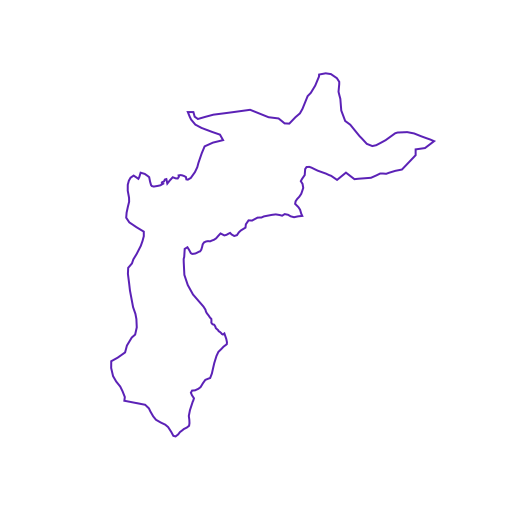 the district of Marudi, Sarawak, Malaysia, rotated 105°
{"feature_id": "92858781B4592285011837", "entity_name": "Marudi", "entity_type": "district", "adm_level": 2, "iso_a3": "MYS", "parent_name": "Malaysia", "parent_adm1": "Sarawak", "projection": "orthographic", "projection_center": [114.551, 4.191], "detail": "fine", "context": "isolated", "style": "outline", "palette": "violet", "viewbox_px": 512, "rotation_deg": 105, "n_neighbors": 0, "source": "geoboundaries", "source_scale": "gbopen_adm2", "svg_char_len": 3698}
<svg xmlns="http://www.w3.org/2000/svg" viewBox="0 0 512 512"><g transform="rotate(105 256 256)"><path d="M190.8,336.7L197.5,339.2L199.9,341.6L200.0,343.1L197.9,344.1L197.4,345.9L197.2,348.2L197.4,349.9L198.2,351.6L199.4,351.0L201.4,351.7L201.8,353.6L201.5,356.8L205.5,358.9L209.0,360.4L204.9,362.5L205.7,363.8L207.9,364.2L208.9,365.7L209.7,365.9L210.3,364.5L212.5,366.7L213.6,368.8L215.4,372.7L215.4,374.7L214.7,375.7L211.7,377.5L207.5,379.6L206.7,381.4L205.5,384.7L205.4,389.0L210.3,389.2L211.9,389.6L211.1,391.7L210.0,395.0L212.8,397.4L216.1,398.3L220.4,398.3L226.1,396.8L232.6,393.7L236.4,392.6L241.5,392.5L247.6,392.2L252.6,391.3L256.3,387.1L259.1,379.0L261.5,370.7L265.9,369.5L270.8,369.5L276.0,369.9L284.9,371.8L291.0,373.6L295.3,373.9L300.5,376.4L306.4,375.1L315.2,371.5L322.0,368.8L337.2,361.5L343.1,357.5L347.9,355.2L355.8,352.7L363.2,352.4L366.9,354.9L375.9,357.5L383.0,357.5L390.0,363.3L395.1,368.6L401.7,366.9L409.0,363.0L413.4,358.6L417.3,353.3L421.2,349.9L426.2,346.2L429.9,345.7L428.4,324.6L430.9,320.0L433.5,317.8L437.5,313.8L440.1,310.2L441.5,304.9L442.4,300.0L444.0,296.6L447.9,292.3L451.1,289.3L451.1,288.8L451.1,287.0L448.5,285.0L445.8,283.9L443.5,282.1L441.8,280.9L439.6,278.4L437.3,276.7L434.7,277.0L431.5,278.0L427.9,279.5L422.0,279.9L412.9,279.4L412.2,279.2L409.5,279.1L407.0,281.9L404.9,283.5L402.5,282.9L401.6,280.2L399.2,277.3L397.0,275.6L392.5,274.3L388.8,272.9L387.1,270.7L385.7,268.7L380.9,268.2L375.9,268.4L370.2,268.6L362.7,268.3L358.3,267.5L354.8,265.4L352.0,263.9L348.8,261.4L346.9,261.7L343.9,263.2L339.0,266.5L340.4,267.6L340.2,268.7L339.4,269.8L338.7,271.2L338.3,272.6L337.5,273.3L336.1,276.1L334.6,277.1L333.2,278.6L333.2,280.2L332.6,281.2L331.9,281.9L330.0,282.3L328.3,282.9L327.4,284.5L325.8,286.3L324.0,288.7L322.6,290.0L321.0,290.9L318.5,293.6L309.5,306.9L301.7,314.4L292.8,320.3L280.7,324.2L277.6,325.1L275.5,325.1L267.6,326.7L265.3,324.5L267.4,322.2L270.1,319.7L270.5,318.1L269.9,316.6L269.2,315.1L268.1,313.8L266.7,312.3L266.0,311.2L264.1,310.5L261.2,310.4L258.5,310.5L256.3,309.7L254.9,308.0L254.1,306.3L253.7,304.1L252.4,302.5L251.3,300.9L249.3,299.1L246.2,297.6L243.4,296.1L244.3,291.9L243.2,290.0L241.7,288.5L240.4,287.0L241.5,285.2L242.3,282.2L240.8,279.8L237.6,278.7L235.2,277.2L231.3,273.5L228.0,274.0L223.5,272.4L222.8,269.0L221.1,267.2L218.5,264.4L217.4,260.7L215.7,258.6L212.2,251.4L210.7,247.7L210.3,243.8L210.3,241.2L208.1,239.1L207.9,235.6L208.7,232.8L208.7,229.3L206.8,225.6L205.3,221.7L203.5,223.2L199.9,225.4L197.9,227.6L195.5,231.7L192.9,231.9L190.3,231.0L187.5,229.5L184.3,228.4L181.7,228.2L178.0,228.0L174.3,229.7L172.1,232.1L169.7,231.5L165.2,229.9L159.3,231.0L157.0,230.2L156.1,227.6L156.3,225.2L157.0,221.7L157.6,218.5L158.0,213.7L158.3,209.8L158.9,206.5L159.1,204.2L161.5,197.4L152.2,190.7L156.3,180.8L154.8,176.9L150.7,165.2L147.0,160.6L144.2,157.4L143.5,154.8L142.9,151.5L141.2,149.1L137.7,143.5L134.7,137.4L117.3,127.9L111.7,129.4L108.0,120.7L99.0,113.7L98.4,117.8L98.1,121.9L97.6,127.5L96.7,135.0L97.2,142.0L100.1,151.2L101.4,153.3L110.6,160.8L114.3,164.7L117.9,168.6L119.7,172.1L119.0,178.0L115.0,184.3L113.5,186.9L109.9,191.9L104.8,198.9L102.5,204.8L93.4,211.3L82.4,215.2L79.1,217.1L76.0,218.8L68.4,220.1L66.2,220.7L63.3,223.9L60.9,230.7L61.5,236.0L64.4,242.0L66.4,241.6L76.1,242.9L84.3,245.3L88.2,247.5L101.9,249.2L106.9,250.5L111.7,253.8L119.5,258.1L120.5,262.7L119.2,265.5L117.3,269.8L118.7,279.8L116.3,299.5L123.4,316.4L126.5,323.9L130.5,333.7L134.6,340.8L138.7,347.6L137.3,351.3L133.2,353.7L134.6,359.1L138.7,356.0L141.0,354.0L144.8,348.6L146.4,341.8L147.5,330.6L148.1,322.2L152.6,317.8L157.6,326.9L163.4,334.0L170.8,335.0L181.0,335.7L185.4,335.7L190.8,336.7Z" fill="none" stroke="#5b21b6" stroke-width="2"/></g></svg>